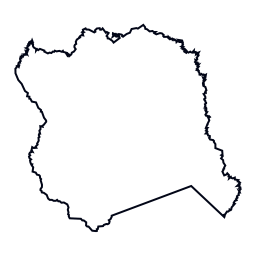 Towong, Victoria, Australia (Mercator projection)
{"feature_id": "25037944B17734063205402", "entity_name": "Towong", "entity_type": "district", "adm_level": 2, "iso_a3": "AUS", "parent_name": "Australia", "parent_adm1": "Victoria", "projection": "mercator", "projection_center": [147.729, -36.366], "detail": "fine", "context": "isolated", "style": "outline", "palette": "ink", "viewbox_px": 256, "rotation_deg": 0, "n_neighbors": 0, "source": "geoboundaries", "source_scale": "gbopen_adm2", "svg_char_len": 5633}
<svg xmlns="http://www.w3.org/2000/svg" viewBox="0 0 256 256"><path d="M15.4,68.7L15.5,73.3L18.3,80.0L21.7,83.9L25.0,91.0L27.9,93.1L27.1,96.3L29.4,96.7L29.3,98.6L30.4,98.8L31.9,101.6L36.0,102.4L38.3,107.9L41.0,110.0L40.8,111.6L41.9,111.8L44.0,117.7L46.1,120.5L46.2,121.7L43.6,125.0L42.2,125.9L42.5,126.7L40.3,126.2L40.5,129.2L39.4,130.7L40.1,133.7L39.3,133.7L38.8,135.0L39.5,136.9L38.5,137.6L38.7,140.7L37.1,143.6L37.6,144.6L35.6,146.6L36.3,147.8L33.7,148.0L32.2,147.1L31.6,149.8L32.6,151.8L31.2,151.3L31.1,152.2L29.9,152.6L29.2,154.1L30.2,155.3L29.0,156.5L29.4,158.0L31.1,159.4L30.0,160.3L30.4,162.4L31.1,164.1L32.2,164.3L31.7,165.3L33.2,167.3L32.6,171.6L35.8,172.6L36.9,174.6L39.2,175.2L39.9,176.0L40.1,178.0L41.1,179.1L40.6,180.0L42.0,184.8L41.9,187.1L40.5,189.1L40.5,190.2L41.6,191.0L41.8,192.4L43.8,192.8L46.7,194.9L48.1,198.5L49.7,199.9L52.0,199.9L53.7,200.8L55.9,200.8L57.1,199.9L58.3,201.3L59.7,201.2L61.4,202.7L63.9,202.5L67.3,204.4L68.5,207.4L67.8,209.7L68.5,212.4L68.1,214.3L68.9,214.9L68.8,216.5L69.7,218.3L80.9,218.8L82.3,220.4L83.7,220.4L86.2,222.3L86.1,225.5L87.2,226.5L88.5,226.5L92.2,230.7L96.1,231.1L96.9,230.9L96.8,229.2L97.8,229.0L98.3,226.5L103.0,226.1L103.9,224.9L106.3,224.0L107.7,224.2L109.1,223.3L109.6,221.5L108.8,220.2L110.5,219.2L111.7,216.8L111.7,215.7L191.2,186.0L224.3,217.1L224.7,215.9L223.5,215.0L225.1,214.4L227.0,211.5L228.1,211.6L229.5,210.5L229.6,209.5L230.7,210.1L231.2,209.6L231.6,207.4L234.6,204.0L234.0,203.9L234.4,203.5L233.7,202.8L234.9,200.8L236.6,200.2L236.0,199.1L237.4,197.8L236.8,197.2L237.3,195.8L238.8,195.1L238.6,193.7L239.0,192.5L239.8,192.5L239.0,190.9L239.6,191.3L239.8,189.8L240.6,189.2L240.4,187.7L239.4,187.8L239.8,187.0L239.3,186.6L239.4,185.6L237.2,185.9L238.0,185.1L238.6,185.6L239.7,184.2L239.1,183.3L240.0,182.7L238.7,181.4L237.6,181.4L237.4,180.4L237.9,180.0L234.9,179.5L234.8,177.6L232.8,178.4L231.3,177.9L230.9,176.9L229.2,178.3L229.6,176.7L228.5,176.4L228.9,175.0L227.3,173.3L226.6,174.4L224.2,175.4L222.4,171.5L223.3,170.3L223.2,169.3L224.2,168.7L224.1,167.6L225.3,165.5L223.4,162.6L223.1,160.1L221.1,158.4L222.7,156.1L221.3,155.2L222.5,154.5L222.2,150.7L215.4,148.1L215.4,144.1L213.8,141.8L214.0,141.0L213.2,140.1L210.1,139.5L209.1,137.9L209.8,137.4L209.8,136.0L208.1,135.5L207.5,133.6L205.8,133.5L207.3,131.7L206.0,130.8L207.0,129.9L206.4,129.1L207.4,128.0L205.9,127.9L207.2,124.9L208.0,125.3L207.3,124.4L209.3,120.3L208.4,118.0L209.9,117.0L209.1,116.2L207.7,116.6L207.5,115.8L206.0,115.7L205.4,114.7L207.1,112.1L206.2,112.0L205.4,110.4L206.3,110.5L206.3,108.5L205.1,108.0L205.9,107.6L205.0,106.4L205.4,105.8L204.9,104.2L206.1,103.3L206.1,102.6L205.3,101.7L205.2,100.6L204.2,99.7L204.3,98.9L205.4,98.2L205.3,96.7L203.7,94.1L204.4,94.0L205.0,92.4L205.8,92.7L205.7,90.9L206.4,90.3L205.4,87.0L203.3,85.8L202.9,83.1L203.2,82.5L203.7,83.0L203.5,81.2L204.2,81.3L205.3,80.0L203.9,79.7L203.1,77.7L204.2,78.2L204.7,76.8L205.4,77.5L205.9,74.7L205.0,75.2L204.2,74.6L204.7,75.2L204.2,75.5L203.6,74.5L202.6,74.9L201.4,73.9L200.7,74.4L200.6,73.6L200.4,74.7L199.5,74.6L199.3,72.5L198.6,71.8L198.8,70.9L196.9,70.1L197.8,69.5L197.4,69.0L198.4,68.9L197.2,68.6L197.9,67.7L197.0,67.8L197.9,67.2L197.6,66.3L198.3,66.2L197.9,65.8L198.6,64.8L197.6,65.2L197.9,64.1L197.0,64.1L197.5,63.4L196.3,63.5L196.6,62.8L195.9,63.0L195.0,62.0L195.7,61.2L195.4,59.9L196.3,60.3L197.3,59.2L196.7,57.7L198.6,55.4L198.1,53.6L198.7,52.5L197.2,53.1L197.0,54.0L196.7,53.2L196.1,53.8L196.3,52.5L195.7,52.2L196.5,51.8L195.2,52.1L195.2,51.1L194.8,52.5L193.6,52.5L193.8,50.7L192.1,52.6L190.4,52.0L190.9,51.3L188.4,52.6L186.9,51.6L186.2,52.8L184.3,51.6L185.1,50.5L184.2,50.0L185.7,49.9L184.3,48.5L181.9,47.9L182.6,47.1L181.7,46.6L182.8,46.3L182.1,45.9L183.0,44.3L182.4,43.8L182.9,42.8L182.4,42.0L181.3,42.0L182.4,41.2L182.1,40.5L178.9,40.0L179.6,40.6L179.2,41.6L177.6,41.1L176.5,42.1L176.3,40.8L174.6,39.5L174.0,40.1L173.3,39.2L172.5,39.8L172.1,38.6L170.1,39.2L169.7,37.9L170.4,37.3L169.0,37.6L168.5,37.0L168.4,38.0L167.1,36.8L164.0,36.9L163.2,36.0L163.7,35.0L161.9,33.4L160.0,33.1L156.3,34.3L154.4,33.2L155.6,32.0L153.8,32.0L152.5,31.0L149.6,31.4L147.1,29.3L145.3,28.8L145.1,27.2L143.3,24.9L137.9,28.6L136.4,28.1L131.6,29.0L129.9,32.7L126.6,34.0L123.0,36.7L122.1,36.1L122.3,35.2L121.6,34.6L119.1,34.1L118.7,35.6L117.9,35.8L117.5,34.4L115.9,34.5L116.5,33.4L115.2,34.3L113.0,33.3L112.9,34.3L113.5,34.8L112.8,36.6L114.9,35.2L116.1,36.6L119.2,36.5L119.7,38.0L113.6,42.6L112.4,40.9L109.1,38.6L107.7,38.4L107.5,36.9L106.6,36.0L108.6,33.0L106.8,32.0L105.9,32.8L102.6,28.4L101.5,29.6L100.2,29.7L99.7,28.2L96.9,28.5L95.0,30.3L95.4,31.7L94.3,32.4L88.9,29.6L86.3,29.5L85.6,28.4L82.9,29.7L83.3,31.1L82.3,32.0L83.6,32.4L82.5,33.1L83.2,35.4L81.6,35.1L79.7,36.4L80.2,36.2L79.4,37.1L79.9,37.5L76.8,39.6L75.8,41.8L76.2,43.9L75.0,44.7L74.4,46.0L74.5,47.4L75.7,49.1L74.0,51.5L71.8,52.7L71.3,54.4L69.4,56.0L69.1,54.5L68.2,54.0L67.8,54.4L68.6,55.5L67.7,56.0L66.1,53.4L66.6,52.8L63.3,51.9L62.9,50.9L61.9,51.8L59.4,50.9L56.5,51.4L54.8,50.7L54.1,51.8L52.8,51.6L51.4,53.0L49.5,52.6L47.9,53.4L44.3,51.6L44.4,50.6L39.9,48.9L38.2,50.1L37.1,49.1L36.1,50.5L36.2,49.0L33.7,47.4L32.9,45.9L33.1,44.4L32.5,43.6L32.9,42.9L32.0,42.5L32.6,41.6L32.1,40.3L31.6,41.7L30.9,41.3L30.0,41.8L30.8,43.4L29.0,42.8L28.9,43.5L29.7,43.9L29.5,44.6L28.7,44.2L27.3,44.0L28.7,44.4L28.9,45.5L27.9,46.3L27.3,45.3L27.5,47.8L26.2,48.1L28.4,49.4L27.7,50.8L27.0,50.7L27.5,51.6L27.1,52.6L26.1,51.9L26.9,54.0L25.9,53.2L25.5,54.1L24.0,54.3L24.9,54.8L23.8,54.9L22.9,56.7L21.7,55.9L21.4,57.8L20.5,57.1L20.0,59.0L20.7,61.0L19.7,61.7L20.0,62.7L18.6,62.9L18.2,64.7L19.3,65.2L18.8,66.9L18.0,66.0L16.7,66.1L16.7,67.3L15.4,68.7Z" fill="none" stroke="#020617" stroke-width="2"/></svg>